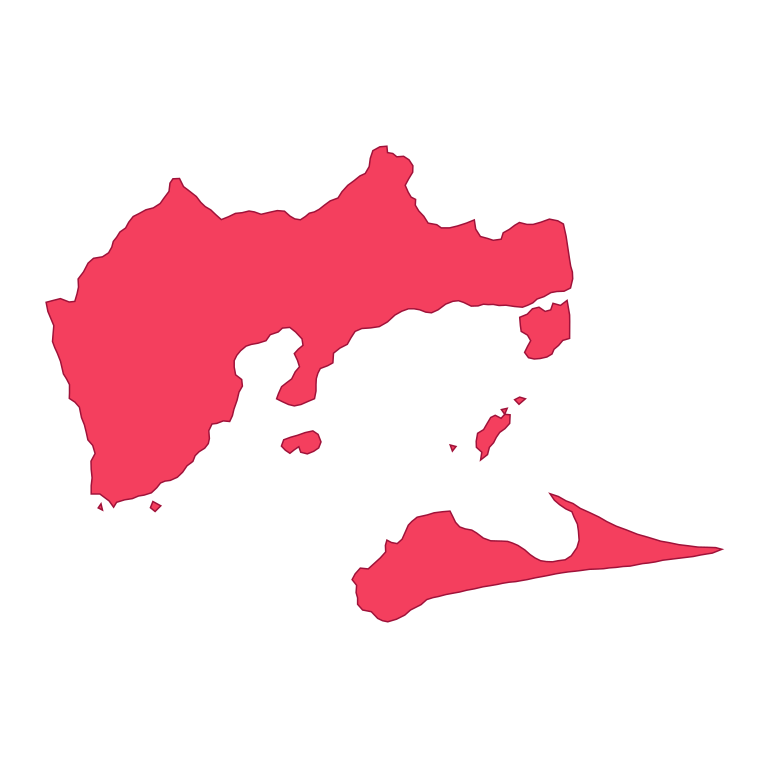 Mangaratiba, Rio de Janeiro, Brazil (orthographic projection)
{"feature_id": "56859067B1398595920076", "entity_name": "Mangaratiba", "entity_type": "district", "adm_level": 2, "iso_a3": "BRA", "parent_name": "Brazil", "parent_adm1": "Rio de Janeiro", "projection": "orthographic", "projection_center": [-43.995, -22.973], "detail": "fine", "context": "isolated", "style": "filled", "palette": "rose", "viewbox_px": 768, "rotation_deg": 0, "n_neighbors": 0, "source": "geoboundaries", "source_scale": "gbopen_adm2", "svg_char_len": 5597}
<svg xmlns="http://www.w3.org/2000/svg" viewBox="0 0 768 768"><path d="M91.2,494.0L99.9,494.0L109.1,500.9L113.6,507.2L116.6,502.3L124.7,499.8L132.4,498.6L138.5,496.0L144.1,495.1L151.4,492.8L156.8,487.7L160.5,483.0L165.0,481.1L170.3,480.4L177.4,477.2L182.7,472.1L187.0,465.8L192.9,461.4L195.1,455.7L199.1,451.7L204.7,448.2L208.3,443.6L209.4,438.5L208.8,430.7L212.0,424.0L216.8,423.4L223.3,420.9L229.7,421.5L232.4,415.7L233.9,409.3L237.1,400.1L239.0,392.1L242.4,386.1L241.7,379.5L235.6,374.8L234.2,367.1L234.2,360.6L236.8,355.3L240.6,350.7L246.1,346.1L251.3,344.4L258.0,343.2L266.0,340.7L270.2,334.7L278.2,332.0L282.4,328.1L289.8,327.4L295.6,332.0L302.0,338.9L303.0,345.3L298.3,349.2L294.3,353.6L297.5,360.4L299.5,366.8L295.3,371.7L291.7,378.9L286.8,382.6L281.6,386.7L278.5,393.6L276.6,398.8L282.4,401.7L288.5,404.5L294.3,405.9L301.0,404.5L308.3,401.3L314.5,398.7L316.0,391.0L316.0,384.3L316.3,378.6L317.9,373.2L320.3,368.5L327.7,365.7L332.9,362.8L333.5,353.2L339.9,348.1L347.3,344.3L351.0,337.7L355.1,331.4L361.8,328.5L370.6,327.9L379.3,326.6L387.5,321.9L395.0,315.0L401.8,311.2L408.4,308.8L414.2,308.8L419.8,309.8L425.7,312.1L431.5,312.8L438.1,309.8L445.7,304.1L452.9,301.3L458.5,300.7L463.6,302.4L471.2,306.1L478.1,305.9L483.4,304.2L488.3,304.6L493.2,304.4L499.0,305.5L505.9,305.2L514.6,306.5L522.5,307.2L527.6,305.3L532.9,302.8L537.1,299.0L544.0,296.6L550.9,292.6L556.8,291.5L564.1,291.2L570.5,288.0L572.7,278.8L572.4,272.0L570.7,266.2L569.7,260.2L568.3,250.9L566.1,236.3L563.4,224.0L557.8,220.8L549.4,219.1L540.9,222.2L533.2,224.4L526.9,224.4L519.4,222.5L514.7,225.3L509.3,229.4L503.2,232.8L501.2,239.2L493.2,240.3L487.8,238.5L480.4,236.5L475.7,229.1L474.3,219.9L466.4,223.1L457.4,226.0L449.5,227.9L441.3,227.9L436.8,224.7L428.1,223.1L423.8,216.3L418.8,211.0L415.3,205.2L415.6,199.4L411.1,197.1L408.2,192.2L405.2,185.3L408.7,178.8L412.7,172.2L412.9,165.8L409.0,159.8L403.6,156.3L396.8,156.8L392.8,153.5L387.5,152.6L386.9,146.2L379.9,146.8L372.9,150.6L370.3,158.3L369.2,166.6L365.2,173.5L360.0,175.9L353.9,180.8L347.8,185.3L342.0,191.7L338.0,198.0L330.2,200.9L324.5,205.1L319.2,209.3L314.4,211.9L309.3,213.2L305.4,216.5L300.4,219.8L294.8,218.9L290.0,216.1L284.5,211.2L277.3,210.6L270.4,212.1L261.1,214.3L254.3,211.9L249.0,211.0L242.1,212.7L235.4,213.4L228.6,216.7L221.3,219.6L215.8,214.7L210.8,209.9L205.2,206.6L200.8,202.4L196.4,196.6L189.8,191.4L183.5,186.6L179.5,178.5L172.9,178.8L170.0,183.1L169.0,191.4L163.6,198.6L160.2,203.5L153.3,207.9L145.9,209.8L138.8,213.7L133.2,216.5L128.8,222.1L125.6,228.0L119.9,232.0L116.6,237.3L113.3,241.4L111.8,247.1L108.6,252.8L102.5,256.8L93.5,258.3L88.1,263.1L83.5,271.9L78.1,279.0L78.5,287.1L77.1,293.6L74.8,301.4L69.2,302.0L60.4,298.6L53.3,300.4L46.1,302.3L47.9,311.5L51.5,320.1L53.8,325.6L53.1,333.9L52.5,341.5L54.7,347.5L57.3,353.1L60.5,361.3L63.4,373.9L66.6,379.0L69.5,384.6L69.5,393.1L69.3,398.4L74.9,402.1L79.4,407.2L81.5,417.6L84.4,424.8L86.3,432.5L87.9,439.9L92.7,445.4L95.1,453.5L91.0,461.2L91.2,469.3L92.1,477.9L91.2,485.7L91.2,494.0ZM655.4,561.9L662.9,560.2L674.3,558.8L681.7,557.9L693.3,556.5L700.5,555.0L707.1,553.9L712.3,553.1L721.9,549.3L715.7,547.6L707.3,547.3L698.1,547.1L688.3,545.8L679.0,544.7L668.9,542.6L660.8,541.2L649.4,537.7L637.5,534.3L626.4,529.9L616.3,526.2L606.8,521.6L598.9,517.0L589.2,512.4L580.3,508.4L573.0,503.5L566.1,500.9L558.4,496.5L550.0,493.7L554.4,500.2L559.5,504.6L565.8,508.9L571.9,511.7L574.0,517.0L577.4,524.1L578.4,530.8L579.1,540.2L576.9,547.7L571.3,555.8L565.2,559.8L558.3,560.7L552.5,561.8L546.5,561.6L540.6,560.7L535.1,558.0L530.1,554.6L524.8,549.9L517.9,545.4L512.6,543.1L507.6,541.4L501.7,541.1L490.7,540.8L483.3,538.1L476.6,533.0L471.8,530.1L465.2,528.9L459.7,526.9L455.5,522.3L452.9,516.9L450.0,511.1L442.8,511.7L434.1,512.8L427.4,514.9L417.1,517.2L411.8,521.5L408.3,525.2L405.8,530.9L402.1,539.2L397.2,543.6L391.4,542.5L386.9,540.1L385.4,545.4L385.7,551.9L380.3,557.9L374.5,563.2L368.2,568.9L360.3,568.1L355.2,573.8L352.1,579.6L356.6,585.3L356.1,592.6L357.6,597.9L357.6,604.3L362.6,610.0L371.3,611.7L377.7,618.4L382.5,620.7L387.8,621.8L396.5,619.2L404.9,615.0L410.5,610.0L415.0,607.7L421.1,604.6L426.7,599.6L433.0,597.6L438.5,596.5L446.0,594.5L454.1,593.0L459.7,592.0L466.8,590.2L474.5,588.8L483.0,586.8L490.6,585.6L497.5,584.4L502.5,583.3L509.2,582.2L515.8,581.6L520.8,580.7L527.2,579.6L535.3,577.8L542.5,576.5L548.3,575.4L555.9,573.8L562.0,572.8L568.2,571.9L575.1,571.2L580.9,570.5L589.5,569.3L598.0,569.0L603.7,568.7L609.2,567.9L616.2,567.4L623.1,566.5L630.1,566.1L642.5,563.6L648.3,563.0L655.4,561.9ZM567.1,300.4L560.5,305.4L553.0,303.3L550.7,309.9L545.1,311.4L539.0,307.2L532.4,308.8L527.3,314.2L519.7,317.3L520.4,325.7L521.2,331.4L527.5,335.1L530.7,340.7L527.6,346.3L524.6,352.4L528.5,357.7L534.2,359.0L540.2,358.5L546.9,357.0L552.0,354.0L554.0,349.3L558.6,345.4L562.8,340.4L569.6,338.4L569.7,321.2L569.6,314.9L567.1,300.4ZM504.7,414.3L501.1,418.3L495.2,415.3L490.7,417.5L487.3,423.2L483.6,429.6L477.6,433.3L476.2,441.3L476.4,447.3L481.8,452.2L480.6,460.0L487.5,454.6L489.4,447.3L493.6,442.7L496.3,437.3L499.7,432.4L505.0,428.6L509.7,423.4L510.1,414.8L504.7,414.3ZM321.0,441.9L318.1,434.4L312.9,430.9L305.1,432.6L297.5,435.3L290.7,437.2L283.7,439.8L281.4,446.1L285.3,450.2L289.9,453.3L294.3,449.8L298.8,446.7L300.7,452.2L307.3,453.9L313.7,451.3L318.7,447.9L321.0,441.9ZM160.8,505.8L152.9,501.5L150.4,507.7L155.1,511.5L160.8,505.8ZM525.4,398.8L519.7,397.1L514.6,399.7L519.0,404.3L525.4,398.8ZM456.0,446.5L450.2,445.0L452.4,451.1L456.0,446.5ZM504.7,414.3L507.2,408.3L501.4,409.6L504.7,414.3ZM101.0,503.8L98.2,507.9L102.5,510.1L101.0,503.8Z" fill="#f43f5e" stroke="#9f1239" stroke-width="1.5"/></svg>